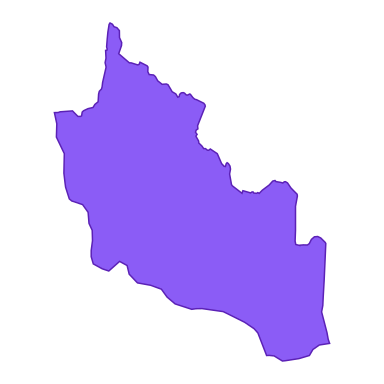 Donga-Mantung, Nord-Ouest, Cameroon
{"feature_id": "32672807B54432963078560", "entity_name": "Donga-Mantung", "entity_type": "district", "adm_level": 2, "iso_a3": "CMR", "parent_name": "Cameroon", "parent_adm1": "Nord-Ouest", "projection": "orthographic", "projection_center": [10.802, 6.688], "detail": "fine", "context": "isolated", "style": "filled", "palette": "violet", "viewbox_px": 384, "rotation_deg": 0, "n_neighbors": 0, "source": "geoboundaries", "source_scale": "gbopen_adm2", "svg_char_len": 2395}
<svg xmlns="http://www.w3.org/2000/svg" viewBox="0 0 384 384"><path d="M325.8,243.5L325.2,242.4L325.0,242.2L320.8,238.0L317.7,236.5L314.4,236.8L311.4,239.4L309.3,243.6L307.4,245.0L303.3,244.9L299.8,245.2L299.8,245.5L295.8,244.5L295.1,241.1L295.5,230.4L295.5,216.7L295.5,206.3L297.4,196.0L297.1,194.2L293.9,191.0L290.9,187.9L287.5,182.9L285.5,181.7L284.3,181.8L282.8,183.0L280.8,182.4L276.0,181.6L275.0,180.5L272.7,181.1L269.2,185.0L262.3,190.2L259.2,193.4L257.8,192.6L256.7,193.3L253.9,193.1L253.0,191.9L251.9,192.0L250.6,192.9L243.4,190.8L242.9,190.7L242.0,193.3L232.3,185.8L231.5,184.6L229.6,174.0L230.5,169.1L230.0,166.1L228.4,163.6L227.1,162.7L226.2,163.7L225.4,166.5L224.1,166.3L223.3,165.4L221.6,163.6L217.3,153.7L210.3,149.0L208.6,150.3L207.4,150.2L205.5,148.6L203.7,148.6L201.9,146.0L198.8,143.0L198.6,141.0L196.0,136.4L196.2,135.6L197.1,134.4L195.5,132.2L196.2,130.1L197.9,128.9L197.6,125.7L205.3,106.2L204.9,104.7L203.7,103.2L196.6,99.7L194.7,99.2L192.8,97.5L190.4,94.3L189.7,94.0L187.5,95.1L186.2,94.9L184.5,93.1L183.2,92.6L181.2,92.9L179.6,94.4L179.2,96.6L177.8,97.2L175.8,93.9L172.1,91.7L170.7,89.2L168.0,84.7L166.4,84.0L162.1,84.3L157.7,80.8L155.4,76.6L153.6,75.0L150.0,74.6L149.2,74.6L147.8,71.7L148.0,67.1L147.1,65.8L140.0,62.2L139.1,64.4L137.7,64.9L131.3,62.9L129.3,62.8L118.7,53.7L121.5,45.6L121.7,42.6L119.5,37.6L119.4,30.6L116.9,27.7L114.0,26.7L112.4,24.2L110.0,23.0L109.1,24.4L107.9,32.0L107.2,39.2L106.6,46.9L107.2,49.1L106.8,50.3L105.6,50.4L106.0,58.1L105.1,62.7L106.1,67.1L102.8,81.6L102.6,82.5L102.1,86.8L101.5,89.0L99.3,91.3L98.6,94.0L98.1,101.8L94.9,104.4L93.0,107.5L88.1,108.6L85.3,109.9L83.5,110.8L82.2,112.1L81.6,115.8L80.6,116.4L77.9,116.4L72.5,110.9L60.1,111.8L58.2,112.5L54.4,112.6L56.8,123.8L56.4,137.1L64.3,153.6L63.9,173.2L65.1,183.4L65.6,187.2L69.3,198.9L71.8,201.0L82.6,204.6L88.1,212.3L89.0,223.4L92.2,230.3L92.5,240.7L91.2,250.5L91.2,256.7L93.3,263.9L102.2,268.8L108.8,271.0L119.6,261.4L127.1,265.5L129.2,274.2L136.5,281.9L137.5,282.9L149.1,285.0L150.4,285.2L161.4,289.2L166.3,296.0L167.2,297.2L175.1,303.9L191.7,309.3L196.1,308.7L202.1,308.6L223.2,311.6L244.5,322.2L254.1,328.7L257.9,333.0L266.6,355.5L269.2,355.4L274.1,355.9L282.4,361.0L285.4,360.7L299.0,358.6L309.4,355.5L312.9,349.5L319.3,345.0L329.6,343.4L328.2,339.3L327.0,332.7L321.6,311.9L322.8,305.6L323.2,297.2L324.2,279.5L325.8,243.5Z" fill="#8b5cf6" stroke="#5b21b6" stroke-width="1.5"/></svg>